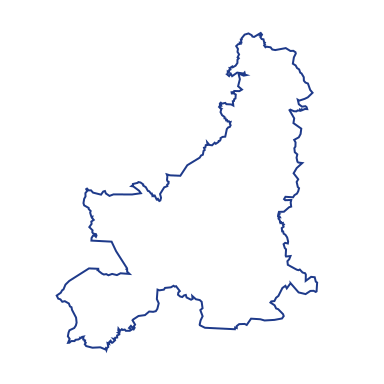 Pajan, Manabi, Ecuador, rotated 183°
{"feature_id": "8360857B88388288506249", "entity_name": "Pajan", "entity_type": "district", "adm_level": 2, "iso_a3": "ECU", "parent_name": "Ecuador", "parent_adm1": "Manabi", "projection": "orthographic", "projection_center": [-80.353, -1.699], "detail": "fine", "context": "isolated", "style": "outline", "palette": "blue", "viewbox_px": 384, "rotation_deg": 183, "n_neighbors": 0, "source": "geoboundaries", "source_scale": "gbopen_adm2", "svg_char_len": 5900}
<svg xmlns="http://www.w3.org/2000/svg" viewBox="0 0 384 384"><g transform="rotate(183 192 192)"><path d="M172.0,57.1L142.0,57.2L141.8,59.0L140.2,58.5L140.3,60.5L138.0,62.5L132.5,63.0L130.4,62.1L126.4,68.6L117.1,68.5L112.8,67.5L103.0,68.6L95.5,70.4L93.9,72.9L94.7,74.8L99.8,79.5L101.9,80.1L103.6,83.2L107.9,85.7L107.1,86.9L104.0,87.4L102.5,90.8L100.3,92.7L96.7,100.9L93.8,103.2L92.3,100.7L89.4,105.2L88.6,105.3L88.7,106.0L80.3,97.3L73.2,96.0L68.6,99.4L65.4,99.7L63.2,98.7L62.4,99.3L62.3,108.1L63.7,109.0L65.0,113.3L68.6,113.5L73.8,109.2L74.0,115.5L74.8,116.8L77.4,117.4L80.3,120.2L81.6,119.5L83.3,119.9L92.5,124.3L93.1,127.9L91.4,129.9L90.3,133.2L94.7,132.5L95.1,133.2L95.1,139.7L96.4,140.9L97.8,144.7L96.3,146.1L93.6,145.6L93.4,147.5L94.6,151.6L96.5,154.2L98.3,155.2L98.9,157.4L99.9,157.4L100.5,160.6L98.7,162.1L99.3,163.5L98.6,164.4L100.0,165.1L99.8,165.9L101.8,165.6L101.7,166.6L102.5,166.5L102.8,168.3L104.2,169.9L103.9,171.0L102.7,171.2L103.3,172.2L104.8,172.2L104.8,173.4L103.5,174.6L104.5,174.9L104.1,176.7L99.2,177.1L94.2,181.9L92.2,182.6L92.9,186.6L92.5,189.2L98.5,188.7L99.7,189.7L98.4,192.1L90.8,192.0L89.5,194.2L87.1,195.9L86.0,198.2L85.3,201.4L86.6,202.5L88.0,207.5L86.6,210.3L91.5,216.0L88.7,221.4L83.4,226.7L87.4,227.0L88.3,227.8L89.4,231.7L88.8,235.1L91.4,237.1L92.1,241.1L91.1,242.8L91.2,247.0L92.7,249.4L88.2,252.2L86.6,255.6L86.2,261.0L94.3,266.1L93.8,270.9L98.9,278.8L98.1,279.4L94.5,278.0L91.9,278.0L90.8,279.0L88.4,278.8L88.4,280.0L87.0,279.3L86.6,280.2L86.0,279.6L83.6,280.8L81.3,280.8L82.0,282.7L83.2,283.6L86.6,283.0L89.9,285.2L91.2,289.7L89.6,288.9L84.4,290.9L81.3,292.6L76.8,297.4L79.3,300.1L81.9,306.4L84.4,307.2L86.1,309.0L86.4,312.5L88.8,316.1L90.2,316.9L91.4,320.0L93.6,321.3L95.1,323.8L98.0,325.4L97.3,331.8L95.6,335.7L96.0,337.0L98.2,338.3L101.1,338.0L105.9,340.6L116.3,338.1L119.3,338.5L121.1,340.6L125.2,341.0L126.2,340.4L127.6,342.1L126.8,342.9L127.6,343.9L127.0,344.9L127.9,345.5L128.6,348.2L130.4,348.4L131.8,350.2L130.9,351.8L131.8,351.9L130.5,353.0L131.7,354.4L138.1,350.1L139.8,350.4L140.6,351.7L143.9,353.3L147.7,351.9L150.4,348.2L150.3,347.0L151.2,346.8L150.5,344.0L151.3,343.9L151.1,343.1L152.1,343.4L152.0,342.4L153.7,342.0L155.5,340.0L153.6,337.3L153.9,334.3L152.2,331.9L153.5,328.8L152.3,328.0L153.5,326.5L153.4,323.2L155.1,320.4L157.8,318.7L158.3,319.5L160.1,318.2L160.0,317.3L160.8,317.5L160.3,316.2L161.3,315.7L161.4,313.5L162.6,314.2L162.5,311.8L163.2,311.4L161.0,309.7L159.5,312.2L158.0,309.8L153.1,313.6L146.6,313.0L145.8,314.0L145.2,312.0L143.7,311.6L146.5,310.9L150.6,312.4L151.5,311.8L150.1,307.2L151.5,300.0L147.5,296.9L150.0,295.2L155.1,295.1L155.3,294.1L157.7,293.7L157.4,292.5L155.4,292.7L153.4,291.6L153.5,287.7L154.8,286.8L154.8,285.2L156.0,284.8L155.3,280.5L157.4,281.5L162.3,281.5L163.4,282.7L166.8,281.8L167.9,282.7L168.8,281.8L168.6,280.3L167.8,280.7L167.3,279.6L168.8,279.4L169.4,278.4L167.5,277.1L168.0,277.0L167.1,276.1L167.7,273.3L166.0,270.3L163.5,268.7L163.4,267.3L162.3,267.2L161.7,265.4L160.8,265.7L160.2,264.3L158.9,264.6L158.2,263.6L157.2,263.9L157.7,262.0L156.9,260.7L157.7,258.9L159.1,258.5L160.5,256.7L161.7,249.0L164.4,248.6L166.3,247.3L166.2,245.8L166.9,244.6L168.0,244.4L168.2,243.3L170.8,241.4L171.9,242.4L174.4,239.7L177.1,239.9L179.4,242.4L178.9,239.8L180.7,239.5L181.0,237.2L182.3,236.8L181.5,234.6L182.6,233.7L183.1,229.8L184.9,228.9L186.1,226.7L198.1,218.5L204.5,207.6L214.9,207.5L218.1,208.3L217.4,206.6L217.6,202.7L216.8,201.2L215.9,201.0L215.9,199.2L217.2,198.0L216.9,196.6L220.0,195.2L223.8,188.3L222.6,184.6L223.2,181.9L224.2,181.3L225.2,182.5L226.3,182.5L226.0,183.4L227.3,183.3L228.9,186.3L229.8,185.9L230.1,186.6L231.3,185.9L232.0,188.3L232.8,188.2L234.8,190.5L236.1,190.8L238.4,194.4L241.1,195.9L241.1,197.0L243.9,198.8L246.1,199.1L246.7,198.3L251.4,196.9L251.3,195.9L252.7,194.7L250.9,194.5L244.9,190.5L243.0,188.1L251.7,186.4L270.3,185.5L274.2,183.8L277.9,186.0L279.0,188.4L280.7,187.8L282.7,184.6L290.8,186.2L293.0,188.4L295.3,188.2L297.0,189.9L297.8,189.3L296.7,187.6L298.4,185.3L298.1,182.0L299.3,179.6L299.8,175.2L299.0,173.0L294.4,170.7L294.2,169.5L292.2,167.7L292.6,166.0L291.5,162.9L291.1,162.0L290.2,162.2L290.5,160.9L288.7,159.0L291.0,157.2L290.6,154.9L292.7,151.6L289.3,148.5L289.5,146.7L288.5,145.3L285.7,144.9L285.1,143.5L285.6,142.2L287.1,143.5L288.7,143.0L289.9,140.8L289.9,138.2L269.7,138.2L264.7,128.9L252.9,112.4L253.4,111.5L252.7,111.1L252.6,109.1L250.1,106.9L259.1,107.1L262.6,105.1L267.5,106.0L271.1,104.5L273.3,105.5L275.7,105.0L277.6,105.8L281.1,108.2L281.4,109.3L282.1,109.2L281.8,110.4L290.9,110.3L309.9,96.8L313.5,92.9L315.3,87.9L316.5,87.1L317.8,84.5L321.7,81.5L320.0,78.5L317.8,77.9L315.8,75.6L313.3,76.3L309.1,74.2L307.9,71.4L306.3,70.6L305.7,68.1L301.2,60.5L300.4,55.5L301.0,52.6L302.5,50.0L307.1,47.5L307.9,45.2L308.4,41.4L306.5,38.9L307.9,34.9L306.5,35.1L304.8,36.8L301.5,37.0L300.6,38.3L297.7,38.8L295.6,40.2L295.9,40.7L293.9,40.9L294.0,41.6L292.8,41.9L293.4,40.9L292.8,40.6L292.9,39.0L291.0,38.2L291.3,37.1L290.2,35.9L291.1,34.4L289.6,32.6L283.3,31.3L275.4,32.1L270.7,30.4L270.0,31.4L269.2,29.6L268.7,31.7L267.5,32.9L268.4,36.6L266.9,36.0L267.3,37.2L265.6,37.9L266.2,38.5L265.5,39.2L264.4,37.3L263.6,37.3L261.2,39.8L262.8,41.3L261.2,41.1L261.1,42.4L259.1,42.8L259.3,44.8L257.1,46.0L257.2,47.0L258.5,47.7L257.2,48.4L258.4,50.0L258.3,51.7L256.6,49.6L254.9,51.3L253.9,50.6L252.0,51.1L250.8,49.9L246.9,50.1L245.2,51.3L247.7,52.9L246.0,55.1L243.0,51.9L242.2,53.4L243.2,54.6L241.9,56.6L244.7,60.8L244.1,61.6L238.9,65.4L232.5,66.6L228.5,70.4L224.5,70.3L221.9,71.1L220.5,73.5L219.4,79.1L221.5,83.2L221.3,92.7L219.4,92.1L215.0,93.0L213.9,94.8L208.1,95.7L205.5,97.4L204.2,96.6L203.0,97.1L199.0,92.4L200.4,90.9L200.6,88.7L198.3,87.0L196.2,86.6L194.6,88.3L192.8,88.9L191.9,86.4L187.3,84.4L185.8,85.3L186.3,88.2L182.5,85.1L178.6,84.5L176.6,82.8L175.4,76.5L177.5,74.5L174.9,68.5L176.7,64.2L177.4,60.1L177.2,59.4L172.0,57.1Z" fill="none" stroke="#1e3a8a" stroke-width="2"/></g></svg>